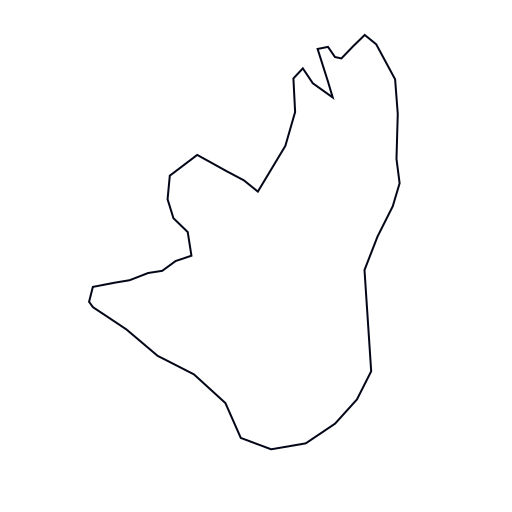 an SVG outline of Busan, rotated 168°
{"feature_id": "KOR-2507", "entity_name": "Busan", "entity_type": "Metropolitan City", "adm_level": 1, "iso_a3": "KOR", "parent_name": "South Korea", "parent_adm1": "", "projection": "mercator", "projection_center": [129.065, 35.158], "detail": "fine", "context": "isolated", "style": "outline", "palette": "ink", "viewbox_px": 512, "rotation_deg": 168, "n_neighbors": 0, "source": "natural_earth", "source_scale": "10m", "svg_char_len": 745}
<svg xmlns="http://www.w3.org/2000/svg" viewBox="0 0 512 512"><g transform="rotate(168 256 256)"><path d="M428.8,245.9L422.0,259.7L400.5,259.3L384.7,258.6L365.1,261.8L350.8,261.0L335.7,267.8L319.1,269.7L317.8,293.6L328.9,310.1L330.7,329.9L323.6,352.5L292.5,367.1L267.3,345.2L252.1,332.5L240.8,318.6L204.4,357.6L187.8,388.7L182.5,421.9L171.2,429.8L164.5,413.1L148.0,395.1L149.3,411.2L152.7,445.7L142.1,445.6L137.4,434.2L131.4,431.5L117.2,441.1L103.7,449.6L94.4,438.1L83.2,399.9L87.8,365.5L98.4,321.8L100.4,297.3L111.9,276.2L133.0,249.9L152.8,219.7L167.3,119.3L187.1,94.7L213.5,75.6L246.3,62.4L281.4,63.8L308.7,81.2L316.5,118.5L341.3,153.1L373.0,178.8L398.1,211.2L426.1,239.8L428.8,245.9Z" fill="none" stroke="#020617" stroke-width="2"/></g></svg>